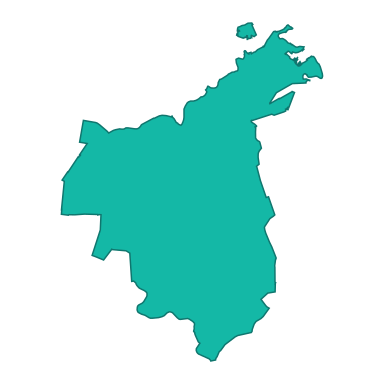 Inner West, New South Wales, Australia
{"feature_id": "25037944B74627164094069", "entity_name": "Inner West", "entity_type": "district", "adm_level": 2, "iso_a3": "AUS", "parent_name": "Australia", "parent_adm1": "New South Wales", "projection": "natural_earth1", "projection_center": [151.167, -33.89], "detail": "fine", "context": "isolated", "style": "filled", "palette": "teal", "viewbox_px": 384, "rotation_deg": 0, "n_neighbors": 0, "source": "geoboundaries", "source_scale": "gbopen_adm2", "svg_char_len": 5786}
<svg xmlns="http://www.w3.org/2000/svg" viewBox="0 0 384 384"><path d="M269.2,308.2L267.1,307.0L265.8,305.7L261.0,299.3L267.8,293.1L275.1,291.9L275.3,284.2L275.0,284.0L275.7,282.7L275.0,282.1L274.9,267.6L274.7,265.7L275.6,259.1L276.0,258.9L276.1,257.9L271.8,246.9L269.5,242.2L265.7,233.0L264.8,229.9L264.4,227.4L264.7,226.6L269.9,218.6L273.4,216.2L274.8,214.9L268.5,196.8L266.2,197.5L260.4,180.6L257.0,167.6L256.5,166.3L259.1,164.2L258.1,157.2L258.2,153.8L258.6,152.3L259.3,150.9L261.4,148.2L259.8,142.2L259.4,141.6L257.4,140.5L255.6,138.2L255.5,131.9L255.7,128.3L255.5,127.5L255.1,127.0L256.5,126.5L256.5,125.9L254.7,124.2L251.4,122.0L251.1,120.9L251.5,120.4L251.9,120.6L271.7,114.2L274.1,115.2L283.9,111.9L285.7,111.0L285.6,109.2L288.0,109.7L288.2,109.1L286.7,108.6L288.0,107.2L288.8,107.6L294.5,92.5L292.2,91.5L292.0,92.0L291.7,91.9L279.5,98.8L279.2,98.4L269.9,103.7L269.7,103.2L276.4,92.7L287.0,86.6L292.3,83.6L305.9,83.0L305.9,82.6L305.7,82.6L307.5,80.1L309.7,80.7L309.8,80.2L307.6,79.6L306.5,79.0L303.3,79.1L302.9,77.6L302.9,75.8L303.1,75.2L304.4,73.8L305.3,73.7L306.1,74.5L306.7,74.6L307.2,75.2L307.0,75.5L308.4,77.2L311.3,77.1L315.5,76.2L316.6,76.2L317.7,76.6L320.3,78.3L321.4,78.4L322.1,77.9L322.6,76.1L322.3,73.6L320.3,66.9L319.0,64.1L317.9,63.3L316.4,61.3L315.6,59.4L314.3,57.3L313.5,56.6L312.9,56.4L311.7,56.7L311.3,56.2L308.9,58.2L308.6,57.9L306.7,59.3L307.4,60.1L307.2,60.3L304.4,62.3L303.0,62.8L300.4,65.5L299.5,65.9L298.6,66.0L298.4,66.0L298.4,65.8L300.8,62.9L300.0,61.6L297.9,64.1L297.5,65.3L296.1,64.0L296.4,63.8L296.2,63.7L296.0,63.9L295.8,63.7L295.7,63.2L296.6,62.3L296.5,62.1L295.5,63.2L295.0,62.6L297.6,59.6L297.4,59.4L295.5,61.5L294.8,60.8L297.6,57.8L297.5,57.6L294.2,60.9L293.4,60.3L295.3,58.5L294.8,58.1L293.1,59.9L290.9,59.0L289.9,58.4L289.6,57.5L289.8,57.1L286.5,54.1L286.1,54.5L285.3,54.2L285.1,53.7L288.2,51.2L289.5,51.8L290.8,53.1L291.8,53.7L292.1,53.3L292.2,52.5L292.5,52.0L295.6,52.8L297.9,52.4L300.8,51.0L301.9,50.0L302.3,50.4L302.2,50.7L302.3,50.8L303.9,49.3L303.7,49.0L303.1,49.3L302.9,49.1L303.5,48.6L303.6,47.7L304.0,46.9L299.8,46.4L297.2,47.2L295.9,47.0L294.8,46.4L292.3,44.6L292.0,44.9L291.6,44.7L290.9,44.1L291.0,43.8L290.3,43.3L290.0,43.6L288.1,43.0L285.6,40.3L283.4,38.9L282.4,38.5L280.0,38.8L279.7,38.6L278.4,36.8L278.2,35.8L278.3,35.0L279.4,33.5L279.5,33.7L282.6,32.6L285.5,32.1L285.6,32.3L286.2,32.0L286.1,31.7L286.6,31.4L286.5,31.2L287.0,30.6L288.7,29.4L291.4,29.2L292.4,28.9L292.7,28.3L290.9,26.9L290.4,27.0L288.0,24.9L286.8,25.6L285.6,27.5L285.3,27.5L284.4,28.4L284.3,28.8L282.5,29.8L279.2,31.2L276.7,31.6L276.7,31.9L275.6,31.4L275.6,31.6L275.3,31.7L274.7,31.4L273.6,31.6L268.8,38.4L267.4,40.0L264.9,44.8L264.6,45.7L263.9,46.4L263.5,46.1L263.1,46.3L263.0,46.6L263.6,46.9L263.0,47.2L262.8,47.0L262.6,47.1L257.6,49.7L255.3,51.9L254.1,52.1L251.4,53.8L251.0,52.3L248.5,53.1L248.7,53.9L248.1,53.7L246.6,52.4L245.5,50.9L244.9,50.7L244.5,50.9L244.1,51.5L244.5,53.0L244.5,54.1L244.3,54.4L244.5,54.5L244.4,57.1L243.2,58.9L242.6,59.2L238.6,58.1L236.2,59.2L236.0,59.5L236.4,63.0L238.1,67.5L238.0,69.8L237.5,70.8L235.2,71.4L234.4,72.0L232.0,72.2L230.4,73.2L228.4,74.1L228.0,74.7L226.7,75.7L221.3,79.1L219.7,79.5L218.2,82.6L218.0,84.6L217.5,86.0L216.7,87.1L215.8,87.7L214.1,88.1L211.5,88.0L210.3,87.6L208.4,86.3L207.7,86.3L206.8,88.7L205.6,89.9L206.7,91.5L206.7,92.3L205.3,94.8L203.7,96.2L202.4,96.8L201.0,96.9L198.7,98.9L196.2,100.3L193.4,101.1L190.5,101.1L188.5,101.9L187.3,102.8L185.3,106.1L184.0,109.1L184.0,117.3L183.7,119.5L183.1,121.5L182.0,124.1L180.9,125.3L178.4,124.2L177.7,123.2L176.3,122.5L174.2,118.9L173.3,117.9L172.3,117.3L172.4,116.6L172.2,116.1L171.9,116.1L171.5,116.9L166.1,115.6L162.1,115.3L159.3,115.9L154.0,118.4L153.6,118.2L142.0,124.4L141.4,124.8L140.5,126.3L139.2,127.7L137.8,128.6L136.3,128.9L134.6,128.8L128.1,127.9L125.9,127.9L124.1,129.0L122.1,129.2L119.6,128.9L115.6,129.7L113.4,130.4L108.7,133.0L107.2,131.3L99.6,124.8L97.2,123.1L95.5,122.5L83.4,120.4L79.6,142.2L87.2,143.5L79.7,154.6L80.5,155.1L80.3,155.5L79.9,155.2L79.5,155.5L78.6,157.3L78.1,157.0L68.0,172.2L67.7,171.9L67.4,172.3L62.1,180.1L64.3,181.3L61.5,209.6L61.8,209.5L61.4,214.3L68.4,215.2L68.9,214.7L74.7,214.8L84.5,214.1L97.7,214.5L97.8,215.0L99.2,214.6L101.0,214.7L100.3,230.0L92.1,255.4L96.4,257.0L103.6,260.0L111.8,249.2L112.3,249.6L126.1,250.8L129.8,253.1L131.7,281.4L133.7,281.1L135.8,283.0L136.2,284.3L137.0,285.6L138.9,287.8L140.2,288.6L144.4,290.6L146.5,292.3L147.0,293.3L147.0,295.6L146.6,296.8L143.7,301.7L142.3,303.1L138.5,305.1L137.6,306.2L137.3,307.4L137.1,309.9L137.6,311.4L138.2,312.4L141.4,314.1L145.1,315.3L148.9,317.6L150.4,318.2L152.4,318.2L158.6,317.6L162.0,316.7L164.3,315.6L167.0,312.9L169.1,311.9L170.1,311.8L172.4,312.6L177.2,317.7L179.1,319.2L180.2,319.4L187.7,318.5L189.4,319.2L192.7,321.4L194.4,323.2L194.5,324.8L194.1,326.4L194.2,328.9L193.6,331.2L193.9,331.8L194.3,331.9L194.8,332.7L194.8,333.7L195.5,335.6L198.3,341.9L199.9,343.2L196.4,348.5L196.2,350.2L196.7,351.9L197.6,353.2L198.7,354.1L209.1,358.8L210.5,360.2L210.8,361.0L215.6,360.0L215.8,358.6L217.1,356.6L219.2,351.7L220.7,350.5L225.0,344.6L235.1,336.9L237.8,335.5L251.3,332.5L252.0,331.5L252.3,329.3L254.2,324.0L256.1,321.4L260.9,318.6L263.2,316.5L269.2,308.2ZM252.8,24.5L251.8,23.0L247.9,23.2L244.6,25.1L242.1,25.5L239.7,26.7L238.1,27.2L237.6,28.5L237.4,30.2L238.0,29.9L238.3,30.3L237.5,30.8L237.5,31.2L237.6,31.3L239.1,30.4L239.5,31.0L237.9,31.9L237.8,33.2L237.2,33.3L236.8,34.6L237.7,34.6L237.8,35.4L237.3,35.6L238.2,36.2L238.2,36.4L243.0,38.1L243.1,37.8L244.0,38.0L244.4,37.4L245.9,37.5L245.9,37.1L246.5,37.1L246.7,35.7L247.4,35.8L247.2,39.4L247.6,39.4L247.8,38.1L248.4,38.2L248.6,38.6L250.6,38.3L251.0,37.5L251.7,37.6L251.4,36.7L251.5,36.1L251.2,35.9L251.4,35.4L254.1,36.6L256.3,34.9L251.9,25.0L252.8,24.5Z" fill="#14b8a6" stroke="#0f766e" stroke-width="1.5"/></svg>